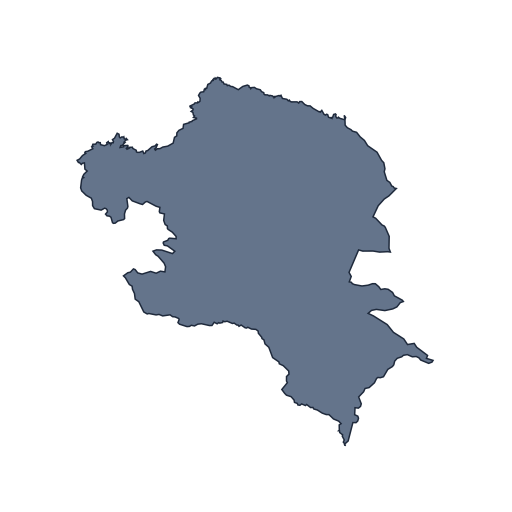 the district of Ho Municipal, Volta, Ghana, rotated 282°
{"feature_id": "2480657B35240131522033", "entity_name": "Ho Municipal", "entity_type": "district", "adm_level": 2, "iso_a3": "GHA", "parent_name": "Ghana", "parent_adm1": "Volta", "projection": "natural_earth1", "projection_center": [0.554, 6.677], "detail": "fine", "context": "isolated", "style": "filled", "palette": "slate", "viewbox_px": 512, "rotation_deg": 282, "n_neighbors": 0, "source": "geoboundaries", "source_scale": "gbopen_adm2", "svg_char_len": 6105}
<svg xmlns="http://www.w3.org/2000/svg" viewBox="0 0 512 512"><g transform="rotate(282 256 256)"><path d="M407.7,314.7L408.1,309.3L408.9,307.7L408.0,307.4L407.8,306.2L409.5,304.7L410.8,305.0L411.5,304.2L410.6,302.5L407.3,302.1L407.1,301.0L406.4,301.4L406.8,298.1L409.2,296.7L409.3,295.5L408.3,294.7L408.7,293.1L412.1,290.1L410.2,289.1L410.6,288.5L410.1,287.9L412.3,281.1L414.1,277.7L413.6,275.2L414.3,272.2L416.6,268.7L416.1,266.6L414.5,266.0L415.3,264.1L414.1,258.6L414.3,257.3L415.4,256.2L414.5,255.3L415.7,253.6L415.6,249.1L418.4,247.0L417.4,246.3L417.8,245.2L416.3,242.4L414.8,241.0L415.8,240.9L415.2,239.9L416.0,239.0L416.0,236.2L415.4,235.7L416.0,233.8L415.5,231.2L416.1,230.1L417.4,229.6L417.9,227.3L419.5,225.6L419.7,221.6L420.6,219.4L419.8,216.7L418.6,216.1L419.5,215.5L419.5,214.4L421.0,213.7L421.4,212.0L419.1,207.8L415.0,204.1L416.8,197.9L416.6,196.0L417.5,194.1L416.7,192.5L417.8,191.7L417.6,189.0L419.3,187.7L419.1,186.7L420.4,185.6L420.8,184.1L421.5,184.4L421.4,183.3L422.2,184.5L422.7,183.9L422.7,181.1L420.9,180.1L421.6,179.1L420.6,179.0L420.9,178.0L419.4,177.1L418.8,177.6L418.0,176.2L415.7,175.5L413.8,173.2L409.8,172.9L409.5,171.8L408.6,171.9L409.0,171.3L408.4,170.8L405.8,170.7L404.8,168.0L403.7,167.2L401.1,166.4L398.6,168.6L395.7,169.0L394.3,167.9L394.6,167.1L393.6,166.9L393.1,164.5L391.7,163.8L388.9,160.2L388.3,160.4L388.4,162.0L387.4,161.5L387.0,163.6L385.9,164.1L383.9,162.5L383.4,164.4L381.0,165.4L380.2,166.8L378.5,166.0L378.5,169.1L377.8,169.3L375.1,165.6L374.3,165.4L373.0,162.8L372.4,162.9L369.7,157.8L365.7,158.1L362.9,154.5L360.0,153.0L357.0,153.5L355.1,151.6L349.2,151.5L345.1,146.8L343.2,142.2L341.1,139.8L340.4,137.2L338.6,135.6L339.6,134.6L341.3,135.8L344.5,136.4L344.7,135.5L342.7,134.4L341.3,131.6L336.6,128.1L335.8,126.6L333.9,126.4L332.9,125.0L335.1,123.4L333.2,120.5L332.7,118.3L333.0,117.4L334.5,116.9L335.6,113.1L336.7,112.5L336.0,109.7L335.2,109.8L333.6,107.6L334.3,106.8L335.3,108.1L335.4,107.4L337.0,108.0L337.5,107.5L336.4,103.5L335.3,103.8L333.9,100.5L335.9,100.8L336.4,102.1L339.6,104.1L339.5,103.3L340.1,103.3L342.4,104.7L343.0,106.0L344.0,104.6L343.2,104.3L343.1,102.9L345.1,101.9L344.5,101.5L344.7,100.2L343.3,98.6L344.0,97.6L346.6,96.7L347.2,94.7L341.8,93.1L340.0,91.4L338.4,92.8L337.1,92.8L336.9,91.5L335.3,90.9L335.9,90.8L335.5,89.2L336.3,89.4L336.2,88.2L337.2,87.7L335.7,86.4L334.2,87.2L332.4,84.8L332.6,80.8L334.5,80.1L334.2,78.4L334.7,77.8L334.0,76.7L332.1,76.0L331.4,73.2L329.7,73.0L329.5,73.6L328.7,72.6L327.0,74.1L323.5,69.7L322.6,67.4L321.4,67.1L320.9,68.1L318.2,65.4L314.2,63.3L312.4,61.1L310.5,62.9L310.8,63.6L309.2,66.1L310.6,66.9L311.4,68.8L305.4,70.6L304.0,73.2L300.1,70.6L297.3,69.9L296.8,71.1L295.9,69.8L294.0,69.6L286.2,70.3L283.4,72.0L280.1,77.2L278.3,82.9L275.3,84.8L271.3,85.7L268.7,88.1L268.7,95.0L271.3,98.0L271.1,99.6L269.9,101.0L268.2,101.5L265.7,100.1L264.3,101.9L264.5,104.5L263.7,106.1L258.8,108.7L258.3,109.7L258.9,111.5L261.5,113.6L264.1,118.9L265.3,119.7L269.8,118.6L273.7,118.9L276.1,120.3L277.8,120.4L285.3,117.7L286.9,119.5L284.2,123.5L283.0,131.5L282.8,134.3L285.9,136.6L286.7,138.1L283.9,148.0L283.6,151.9L279.3,152.2L278.2,153.0L278.1,157.7L271.6,158.3L267.9,160.6L267.0,163.0L264.4,163.7L263.7,164.6L261.9,169.2L258.5,173.8L256.3,174.3L255.5,167.9L254.9,167.0L253.0,166.4L250.5,162.6L249.4,162.5L247.4,164.0L247.5,167.2L243.8,175.6L241.0,173.8L242.2,162.6L241.3,157.4L239.3,154.2L236.4,157.6L235.4,160.3L229.9,167.6L226.7,169.8L221.5,170.2L221.3,165.7L218.4,161.9L219.0,156.1L214.6,148.3L214.9,143.8L217.6,140.6L217.9,138.8L214.1,136.5L213.0,134.1L209.0,130.5L207.5,132.8L201.8,138.0L200.7,141.1L197.8,142.1L194.1,144.9L188.7,146.8L186.9,150.9L177.9,157.9L176.7,161.6L177.5,163.2L177.6,170.5L178.7,173.3L178.0,177.2L180.6,184.2L179.3,187.0L179.6,189.5L178.8,193.4L177.9,194.0L174.6,193.5L173.4,195.4L172.6,203.2L173.3,205.6L174.8,207.1L174.8,210.4L177.2,213.2L178.4,216.7L178.3,225.0L178.9,227.4L182.5,228.9L181.6,232.1L183.1,233.4L182.8,234.5L184.0,237.2L185.5,237.3L185.2,239.1L186.2,241.3L185.1,247.0L185.8,248.6L184.5,251.6L184.7,252.9L183.7,254.0L185.4,255.8L183.5,260.3L183.6,261.8L184.6,262.8L183.6,266.7L184.2,271.2L183.0,273.7L180.9,274.4L177.7,278.5L176.5,279.0L175.6,281.2L171.9,283.1L169.4,287.5L160.1,293.4L157.2,300.4L155.4,301.2L154.4,305.5L150.3,311.9L147.3,312.8L144.5,310.9L140.1,311.8L138.6,313.0L130.8,309.0L127.6,312.6L126.2,314.7L125.7,319.6L123.0,323.2L120.8,324.1L120.4,327.1L119.0,327.9L119.1,330.0L120.8,331.4L120.0,335.5L121.3,336.4L119.1,340.9L119.7,343.2L118.4,344.3L118.1,348.0L116.1,353.4L115.5,357.6L116.0,360.4L112.7,365.7L111.7,371.1L109.7,374.1L108.1,372.5L103.0,373.7L102.3,373.2L102.4,374.0L100.7,374.6L99.1,377.9L97.6,377.9L94.4,380.6L92.1,380.1L90.7,382.0L94.2,384.6L113.2,385.4L113.8,388.5L115.7,389.8L118.6,390.0L120.5,388.9L121.3,385.5L128.2,384.4L128.5,387.8L130.6,389.5L133.3,389.7L139.5,385.7L145.6,389.5L149.1,390.2L150.8,394.0L156.6,398.2L161.3,399.4L162.5,400.4L162.8,402.9L164.4,405.8L172.5,408.5L176.2,412.4L178.2,413.4L182.0,413.5L185.3,415.4L187.7,419.5L189.5,420.8L191.0,424.5L189.9,429.9L191.0,433.6L190.3,436.5L188.5,438.7L186.9,447.2L188.8,450.2L190.7,450.9L191.3,444.0L194.4,444.5L200.1,432.2L203.4,428.9L200.9,422.6L205.6,417.8L209.9,406.3L216.2,398.6L221.8,383.4L223.2,377.6L226.8,380.3L228.8,384.8L229.4,393.4L232.7,400.8L235.5,404.4L240.4,406.8L242.1,409.6L243.2,408.3L245.8,399.6L248.7,397.2L250.9,392.2L250.7,388.8L249.2,385.0L251.5,382.5L253.7,378.5L253.1,375.6L250.8,371.8L248.7,365.9L248.5,358.3L249.0,355.9L250.1,354.8L250.1,352.6L255.8,353.4L259.3,350.4L283.3,355.1L283.0,359.4L285.2,369.4L285.5,376.0L287.6,383.9L287.8,386.6L291.1,384.5L302.9,382.2L310.9,376.5L312.0,375.2L312.5,372.9L317.8,365.2L318.6,362.3L330.6,365.1L338.4,369.6L342.4,373.5L351.2,379.2L351.2,377.1L352.4,375.8L352.7,374.2L355.8,371.6L357.2,368.3L365.1,363.9L368.1,364.0L373.8,361.6L375.6,359.0L382.7,352.8L387.1,342.3L391.6,338.0L394.2,333.1L397.9,328.7L398.2,324.3L399.3,322.7L400.5,318.6L402.5,316.0L407.7,314.7ZM411.9,313.0L407.7,314.7L410.1,314.9L411.9,313.0ZM89.3,383.3L89.8,381.9L89.4,382.1L89.3,383.3Z" fill="#64748b" stroke="#1e293b" stroke-width="1.5"/></g></svg>